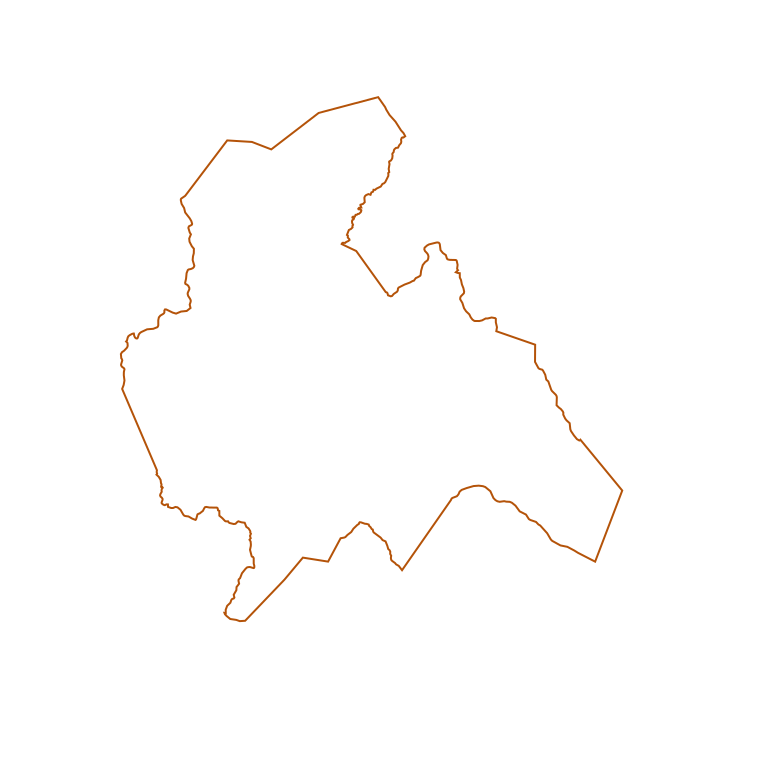 the district of Moroceli, El Paraíso, Honduras, rotated 108°
{"feature_id": "27666195B80695499331082", "entity_name": "Moroceli", "entity_type": "district", "adm_level": 2, "iso_a3": "HND", "parent_name": "Honduras", "parent_adm1": "El Paraíso", "projection": "orthographic", "projection_center": [-86.851, 14.169], "detail": "fine", "context": "isolated", "style": "outline", "palette": "amber", "viewbox_px": 768, "rotation_deg": 108, "n_neighbors": 0, "source": "geoboundaries", "source_scale": "gbopen_adm2", "svg_char_len": 6166}
<svg xmlns="http://www.w3.org/2000/svg" viewBox="0 0 768 768"><g transform="rotate(108 384 384)"><path d="M423.3,642.4L423.7,641.4L424.3,640.6L426.8,639.6L427.8,639.5L429.2,639.8L432.7,641.5L434.7,643.0L436.8,643.5L440.7,641.8L441.4,640.9L442.4,640.2L446.6,640.1L447.6,639.7L448.5,638.7L449.4,636.1L450.1,635.4L453.0,635.1L456.0,634.2L460.9,631.9L465.4,631.3L469.6,631.5L536.2,573.3L538.0,573.0L539.3,572.1L540.5,572.4L541.9,569.5L544.3,566.8L547.3,565.4L548.1,564.6L550.7,564.2L550.8,563.9L550.4,563.2L551.0,562.4L552.5,562.9L553.9,562.7L555.2,562.1L557.5,562.6L559.0,562.6L560.1,561.8L560.8,560.1L561.8,559.0L562.7,558.8L565.4,558.9L566.2,558.5L566.8,557.2L567.1,555.5L566.9,554.9L565.7,553.7L565.3,552.3L567.6,551.4L567.7,548.2L567.1,546.3L565.4,544.4L565.1,542.3L566.5,538.7L570.2,534.6L570.9,533.4L571.0,532.3L570.4,529.0L571.3,524.8L571.5,521.3L571.1,521.0L570.2,520.9L565.7,521.1L564.8,520.4L564.2,519.4L560.6,517.0L557.8,516.6L556.4,516.1L555.8,514.9L555.4,511.7L553.2,504.8L553.6,503.8L555.4,502.8L555.6,501.4L560.1,499.9L561.6,496.2L563.4,492.9L563.5,491.9L562.8,489.8L563.6,489.0L563.9,487.9L563.6,483.6L562.8,482.0L560.6,480.9L559.6,480.1L559.6,476.9L559.0,473.6L562.4,470.8L563.2,468.2L565.1,465.9L565.9,465.4L566.7,465.3L567.5,464.3L569.9,464.5L571.9,463.1L573.7,463.8L575.0,462.2L577.8,461.0L579.3,460.6L583.1,460.2L588.6,456.7L589.0,456.1L589.0,455.1L589.9,454.1L595.1,452.4L597.1,451.1L598.5,450.7L599.1,450.8L599.4,451.2L599.5,455.0L600.2,456.7L600.8,457.6L602.6,458.6L607.9,460.6L613.1,460.9L614.8,461.8L616.1,461.6L618.7,460.1L622.7,461.5L625.7,460.7L630.9,461.8L633.4,460.3L634.5,460.7L635.2,461.8L635.8,462.2L636.9,462.5L639.5,462.5L643.4,464.6L647.6,464.8L650.8,463.7L651.0,465.0L652.1,464.1L653.3,462.0L655.0,457.6L654.0,451.6L654.1,447.9L652.1,442.9L600.8,418.2L574.2,407.5L570.2,382.3L544.1,377.6L542.3,374.3L541.5,373.4L538.8,372.1L534.9,369.4L531.1,368.4L526.2,365.8L524.9,364.7L523.7,364.7L523.0,364.4L522.7,363.2L522.8,359.0L522.4,357.2L522.4,355.1L523.7,354.1L524.2,352.7L525.8,350.8L525.9,349.7L527.8,348.6L528.4,347.8L531.1,339.8L532.9,337.1L533.2,333.9L536.9,330.8L539.6,329.0L540.3,327.4L541.4,326.3L543.7,325.6L545.1,324.1L547.4,323.7L549.0,322.8L549.7,321.7L550.9,318.1L551.8,316.8L552.4,313.8L555.5,309.3L473.8,284.5L472.1,284.3L471.2,283.7L468.2,280.0L466.0,279.1L463.0,278.8L460.7,277.4L457.4,273.2L453.4,267.3L451.4,262.5L450.6,258.3L450.7,255.8L453.1,249.7L458.7,244.6L460.0,242.1L460.5,239.9L460.3,237.6L458.3,233.5L458.1,231.4L457.2,228.0L457.4,225.7L459.1,221.3L463.2,215.6L464.3,208.6L467.7,204.5L468.1,202.8L468.2,196.8L469.9,193.7L470.3,191.7L475.5,182.7L480.3,177.3L481.2,175.6L483.0,166.3L482.2,159.3L483.6,151.4L484.6,147.4L487.7,128.3L411.7,124.5L376.3,180.0L377.1,180.3L377.4,180.8L376.8,183.5L374.2,187.5L371.0,191.6L369.5,192.8L363.9,195.3L362.2,199.1L360.9,201.0L357.8,204.0L355.8,204.6L354.8,205.5L353.2,208.0L352.4,210.3L350.9,213.3L343.3,215.5L342.2,216.1L341.2,217.2L338.8,222.0L337.8,223.2L330.8,228.5L329.7,231.0L325.4,233.5L322.1,236.9L321.5,237.9L321.6,240.8L321.2,242.0L316.3,247.2L299.9,252.4L299.1,293.5L295.1,294.1L290.8,296.7L287.4,297.8L287.0,298.7L287.5,302.2L289.6,305.6L290.3,307.6L293.2,310.4L294.7,312.9L296.1,317.5L295.4,319.8L293.8,322.1L291.4,324.4L289.5,328.4L287.2,331.3L282.7,334.5L279.9,337.7L278.7,338.1L277.1,338.1L273.1,336.1L271.4,336.3L268.3,338.1L265.2,340.7L261.3,342.9L259.3,344.8L255.2,346.2L255.6,348.3L255.5,350.2L252.9,348.8L252.6,349.4L251.7,350.1L248.0,350.8L244.4,352.9L244.0,353.4L243.9,354.1L245.6,359.8L245.8,361.4L245.7,362.3L244.9,363.2L242.3,365.0L241.2,368.5L239.2,371.6L233.9,374.1L233.2,374.7L232.7,375.6L232.8,376.7L233.3,377.9L237.3,384.3L238.9,385.8L241.8,387.5L243.4,387.3L244.8,386.2L246.6,383.0L247.7,381.9L249.0,381.1L251.1,380.7L252.9,380.8L255.4,382.6L258.9,383.9L264.8,383.7L268.9,382.9L269.8,383.0L271.4,384.3L273.5,386.5L276.5,387.5L277.2,388.6L279.6,390.8L283.1,395.2L287.8,399.9L288.9,400.2L290.8,399.8L292.2,400.1L295.4,402.6L297.7,403.5L298.5,404.6L298.4,407.6L296.5,408.8L296.0,409.7L296.1,410.7L266.1,451.5L264.0,467.5L263.4,467.5L262.5,466.9L261.7,464.4L260.8,464.0L259.0,462.1L257.7,461.3L257.0,461.7L255.9,463.7L254.1,464.2L253.7,465.3L248.4,465.0L246.7,463.3L244.8,462.3L243.5,462.9L242.2,462.6L240.8,464.0L239.0,464.8L237.8,464.7L236.8,463.8L235.8,463.7L235.3,464.0L235.6,465.3L235.2,465.6L234.4,465.1L233.8,463.4L231.9,463.3L231.5,462.2L230.3,461.4L230.0,460.5L227.8,459.2L226.2,459.1L225.6,459.4L225.4,461.0L225.7,462.2L225.3,462.6L224.2,462.2L223.2,460.1L221.3,461.7L220.8,461.8L219.2,459.6L217.1,458.5L213.0,460.2L211.4,460.2L209.9,459.4L208.2,457.5L208.2,455.3L205.7,455.2L204.4,453.8L202.5,454.0L202.1,452.4L200.6,451.6L197.2,448.1L194.2,447.3L193.1,446.0L191.6,445.2L184.8,444.2L183.1,444.7L182.1,445.2L180.9,444.5L178.0,446.0L173.2,446.7L171.2,447.8L170.6,447.7L169.2,446.4L166.9,445.9L164.2,446.4L162.9,447.1L162.2,447.2L160.5,446.5L158.5,446.8L157.5,446.6L155.8,445.6L154.9,443.7L152.2,443.3L149.8,442.3L148.3,442.4L146.3,443.3L144.4,443.2L143.8,442.7L143.6,441.7L141.8,440.4L139.4,442.9L137.5,446.2L131.0,454.1L126.5,461.8L122.4,466.6L120.3,468.5L113.0,478.2L146.4,529.9L195.7,563.7L194.6,584.4L200.8,608.4L265.6,630.9L266.6,631.3L270.4,634.2L271.1,634.3L272.3,633.9L275.3,632.1L278.4,628.5L282.3,626.1L286.5,619.9L288.7,617.5L290.9,616.0L291.4,615.9L292.1,616.1L294.4,618.3L296.0,618.3L300.0,615.5L301.3,613.9L305.9,614.2L308.8,612.9L312.4,609.3L314.1,606.6L318.4,605.3L321.7,605.1L325.2,604.3L330.2,600.9L331.7,601.0L333.0,601.7L334.3,603.2L335.5,605.3L336.3,605.8L339.6,606.0L345.0,604.8L349.3,604.4L350.2,603.7L350.4,602.1L351.0,600.6L352.8,598.8L354.1,598.4L357.7,598.8L359.0,598.6L360.7,597.5L362.9,594.8L364.1,593.7L365.4,593.3L368.6,593.3L371.5,591.5L375.5,594.2L377.8,599.4L381.3,603.5L381.4,607.0L380.4,614.1L380.7,615.3L382.0,615.6L383.7,615.0L384.6,615.1L385.5,615.6L388.0,617.8L390.2,618.7L393.1,618.4L397.9,616.8L399.1,616.8L400.0,617.1L402.8,620.5L405.2,626.2L409.6,630.9L410.8,631.8L412.6,632.5L416.3,632.5L417.1,633.0L417.2,634.0L416.7,635.2L415.3,636.5L413.3,637.5L413.5,638.1L414.3,639.2L416.2,641.0L417.6,641.9L419.1,642.1L422.0,641.9L423.3,642.4Z" fill="none" stroke="#b45309" stroke-width="2"/></g></svg>